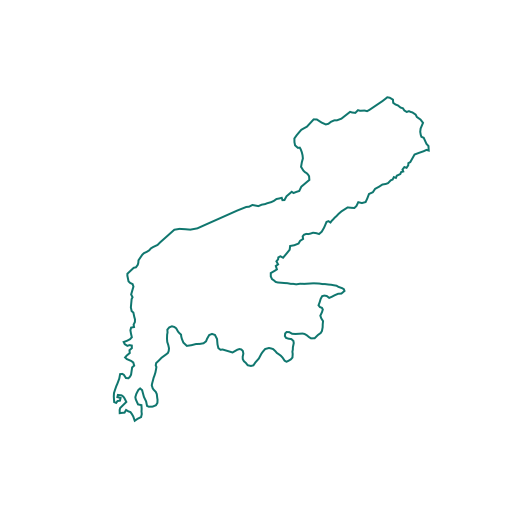 Santa Rita do Novo Destino, Goiás, Brazil, rotated 214°
{"feature_id": "56859067B8436628567433", "entity_name": "Santa Rita do Novo Destino", "entity_type": "district", "adm_level": 2, "iso_a3": "BRA", "parent_name": "Brazil", "parent_adm1": "Goiás", "projection": "natural_earth1", "projection_center": [-49.071, -14.869], "detail": "fine", "context": "isolated", "style": "outline", "palette": "teal", "viewbox_px": 512, "rotation_deg": 214, "n_neighbors": 0, "source": "geoboundaries", "source_scale": "gbopen_adm2", "svg_char_len": 5299}
<svg xmlns="http://www.w3.org/2000/svg" viewBox="0 0 512 512"><g transform="rotate(214 256 256)"><path d="M318.6,124.2L316.4,121.9L313.5,119.2L313.9,116.6L315.5,113.6L317.6,110.7L315.5,109.5L312.4,109.6L311.0,111.4L308.9,112.3L307.4,110.2L308.2,107.1L306.4,105.0L307.5,101.2L307.8,98.7L305.5,98.3L300.8,99.2L298.2,99.1L295.7,97.0L296.4,94.4L294.2,89.8L293.2,87.7L293.0,85.5L293.4,83.3L295.6,82.1L299.1,83.6L300.9,83.5L302.6,82.1L300.8,77.9L299.5,72.5L299.1,70.2L298.1,66.4L297.1,63.0L295.4,60.1L293.3,57.4L291.9,55.6L289.8,56.0L289.7,58.3L287.9,60.0L288.9,62.6L292.0,61.5L292.8,63.6L289.5,65.3L287.3,65.2L285.5,64.5L281.9,62.5L283.6,54.1L283.0,52.2L281.1,49.5L279.3,51.1L277.4,52.6L277.6,55.7L275.0,55.8L272.8,56.4L270.4,55.5L268.0,54.3L264.4,51.6L263.1,54.9L261.2,58.2L262.3,61.1L264.0,63.1L265.3,65.3L267.6,68.3L270.8,67.0L275.5,69.9L277.1,71.5L278.1,74.7L278.4,77.0L278.6,79.3L278.0,81.4L275.4,81.1L271.5,77.7L270.1,76.5L265.8,74.0L262.5,70.8L260.6,71.1L257.5,73.3L255.5,76.3L255.6,79.1L257.2,81.7L258.5,83.1L261.0,86.0L263.1,87.3L266.0,87.9L267.6,88.5L270.1,90.5L270.9,92.4L272.0,95.6L272.8,97.8L273.3,100.0L274.3,103.3L275.4,105.9L276.5,108.3L278.0,109.3L278.9,111.4L278.1,115.0L277.4,118.9L275.4,124.4L274.8,126.4L275.3,128.5L276.5,130.8L278.9,133.1L281.5,135.1L283.5,137.6L285.7,141.1L286.5,143.0L288.3,145.4L288.0,148.3L286.4,150.7L284.0,151.5L281.7,151.4L278.3,149.7L276.4,149.2L274.2,148.9L272.9,147.4L271.2,145.9L267.8,143.6L263.1,142.8L259.6,146.0L256.6,149.4L253.3,151.8L250.7,154.3L249.7,157.3L250.3,160.1L250.6,164.3L248.9,166.8L245.9,167.6L241.9,165.4L238.5,161.2L235.7,158.6L233.0,158.4L231.4,159.8L225.7,161.6L221.5,162.9L219.1,167.8L217.7,169.6L215.9,170.3L213.8,169.9L211.9,168.0L210.7,165.0L209.3,163.1L207.2,162.0L204.7,161.7L201.8,160.8L198.7,162.0L197.0,163.9L197.0,167.4L196.3,172.6L196.9,178.2L196.8,180.6L196.4,184.0L193.8,187.0L191.5,187.9L189.7,188.4L186.6,187.9L184.6,187.3L182.2,187.3L179.6,187.2L177.1,186.6L173.7,185.2L171.6,185.4L170.5,187.2L169.3,189.8L169.0,192.2L170.8,195.3L172.3,197.0L173.1,198.9L174.4,201.0L176.0,204.9L177.5,206.5L180.2,206.9L182.9,205.6L185.3,204.9L187.3,205.8L188.5,208.1L188.1,210.1L185.8,211.5L182.6,211.7L179.7,213.4L174.1,217.7L172.2,218.5L169.6,218.7L166.6,218.4L164.3,218.5L161.4,220.6L160.5,225.1L159.3,228.4L159.4,230.7L160.9,234.2L162.5,236.7L164.0,239.5L167.0,240.8L169.3,242.5L169.9,246.4L170.7,249.0L172.4,249.9L174.4,249.4L176.6,250.1L177.4,253.4L178.4,256.6L178.7,259.7L177.2,261.4L175.0,262.4L171.9,262.2L170.4,264.5L168.8,267.5L166.8,270.6L164.2,272.6L163.1,276.5L164.6,277.6L166.6,277.5L170.4,276.5L172.6,276.4L175.7,275.0L177.6,274.2L179.9,272.9L183.1,271.3L185.2,269.9L188.2,268.5L191.0,266.8L193.1,265.5L197.5,262.1L200.1,260.1L201.8,259.0L204.0,257.6L206.8,255.0L209.4,253.8L211.7,252.3L214.8,251.0L216.6,249.9L223.2,246.2L225.2,245.5L227.5,245.8L229.8,245.8L232.3,247.3L234.2,250.1L232.0,254.7L231.2,256.6L234.0,258.8L233.0,261.4L236.1,263.0L235.8,265.6L236.7,267.3L235.6,269.4L232.6,269.7L232.0,275.4L231.6,280.0L233.3,283.4L230.3,286.3L227.7,290.1L227.9,293.3L226.5,296.5L228.3,298.4L228.1,300.5L226.7,302.4L224.8,303.5L223.4,305.0L221.7,307.2L218.9,308.6L216.0,309.5L215.1,312.9L215.4,317.4L215.8,319.7L216.6,323.7L215.4,325.4L213.0,325.4L212.9,327.6L212.5,329.5L212.2,331.8L211.6,334.0L211.1,337.1L210.1,340.8L207.2,347.5L203.5,349.5L201.3,350.8L200.7,353.6L201.3,357.8L197.8,359.1L195.3,362.0L195.9,365.8L197.0,370.6L194.8,374.2L194.8,378.3L192.7,382.3L191.2,385.9L188.7,388.3L187.3,390.2L186.6,394.1L185.5,395.8L185.8,398.5L183.7,399.0L184.2,401.3L182.2,404.6L182.6,406.7L181.2,408.4L182.9,409.6L182.7,412.7L180.5,413.3L180.5,416.3L181.6,418.2L180.6,420.1L181.3,428.8L178.6,432.6L175.6,436.6L174.0,439.3L171.8,440.0L174.5,443.6L177.4,444.3L183.1,447.8L185.5,447.3L187.2,448.6L189.3,450.8L190.8,453.7L192.0,459.8L195.9,461.1L200.4,461.2L202.7,462.5L204.9,462.5L206.6,462.5L208.4,461.9L210.2,461.6L211.6,459.7L214.4,459.6L216.8,460.6L219.2,459.9L222.5,460.2L225.1,459.6L227.9,459.7L229.9,462.2L233.6,462.0L235.9,461.0L236.6,458.7L237.8,455.1L243.7,440.5L244.9,438.2L247.3,437.3L250.9,434.6L253.0,433.9L253.7,430.2L256.6,428.7L258.6,428.1L262.0,417.6L264.8,413.7L266.9,412.3L268.9,409.2L269.9,406.1L271.7,404.1L276.2,403.3L281.9,403.2L284.6,401.5L286.1,391.7L287.5,389.0L289.0,386.0L289.3,383.8L289.8,379.1L289.9,374.9L287.8,371.9L285.5,369.6L283.5,369.3L281.7,369.1L280.3,370.3L278.5,369.4L276.0,367.6L273.7,365.5L271.7,363.1L270.4,359.3L268.5,355.1L264.5,353.3L262.3,352.9L260.3,353.0L258.4,352.6L256.6,351.8L254.3,348.9L254.9,346.9L257.2,338.8L256.5,334.1L258.4,331.7L260.1,329.2L262.3,329.2L264.1,322.6L263.7,318.3L265.3,317.1L267.2,318.6L268.9,316.7L270.9,314.7L272.0,311.7L273.5,309.2L276.3,305.9L277.5,304.1L279.9,301.8L281.9,298.7L287.5,296.3L289.3,293.0L291.5,291.2L296.9,283.3L303.2,273.2L315.2,254.0L320.1,246.1L325.2,241.1L329.7,238.6L334.6,235.7L338.4,232.1L343.1,213.7L343.8,210.1L346.3,205.9L347.4,203.5L347.7,201.0L348.9,198.3L350.5,195.7L351.0,193.4L351.0,186.7L349.8,184.6L349.1,182.6L349.2,179.5L350.8,177.8L352.7,169.4L351.6,167.7L347.5,163.7L345.3,163.3L342.6,163.7L340.5,162.1L338.0,154.3L335.3,152.8L335.0,150.7L331.0,143.4L328.3,140.8L326.0,140.5L322.8,137.4L320.9,135.8L319.5,133.6L319.1,130.7L317.4,128.9L319.5,126.8L318.6,124.2Z" fill="none" stroke="#0f766e" stroke-width="2"/></g></svg>